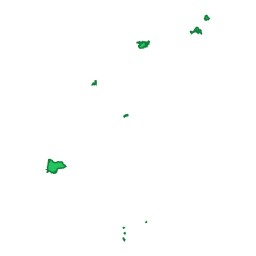 Unincorporated Vic, Victoria, Australia
{"feature_id": "25037944B89965825243629", "entity_name": "Unincorporated Vic", "entity_type": "district", "adm_level": 2, "iso_a3": "AUS", "parent_name": "Australia", "parent_adm1": "Victoria", "projection": "natural_earth1", "projection_center": [146.416, -37.998], "detail": "fine", "context": "isolated", "style": "filled", "palette": "green", "viewbox_px": 256, "rotation_deg": 0, "n_neighbors": 0, "source": "geoboundaries", "source_scale": "gbopen_adm2", "svg_char_len": 5185}
<svg xmlns="http://www.w3.org/2000/svg" viewBox="0 0 256 256"><path d="M47.5,167.0L47.5,167.7L47.8,168.5L47.8,169.1L47.6,169.4L47.3,169.5L47.6,169.6L47.7,169.8L47.8,170.4L47.7,170.6L47.6,171.0L47.4,171.3L46.9,171.5L47.0,171.5L47.3,171.6L47.3,172.0L47.2,172.1L47.4,172.2L47.6,172.1L47.7,171.8L48.1,171.6L48.0,171.4L47.9,170.9L47.7,170.7L48.3,170.9L48.6,170.8L49.7,171.0L50.0,171.4L50.5,171.4L51.0,171.9L51.1,172.1L51.1,172.3L51.2,172.5L51.6,172.3L52.0,172.7L52.3,172.4L52.6,172.4L53.0,172.6L53.2,172.9L53.5,173.2L53.8,173.2L54.0,172.6L54.3,172.4L54.3,172.0L54.5,171.8L55.0,171.8L55.3,171.6L55.6,171.8L55.7,172.1L55.9,172.2L56.0,171.9L56.5,171.9L56.4,171.2L57.0,170.8L57.0,170.6L56.8,170.1L56.8,169.7L58.1,168.5L58.8,168.2L59.7,168.4L60.4,168.1L60.8,168.2L61.1,168.1L61.4,168.2L61.7,168.0L62.3,167.8L63.7,167.9L64.2,167.4L65.1,166.9L65.6,166.6L65.8,166.5L65.0,165.5L64.8,165.1L64.4,165.1L63.4,164.5L62.9,163.8L62.8,163.1L62.3,162.4L61.8,161.9L61.4,161.9L60.9,162.0L59.6,162.1L58.5,161.7L57.4,162.0L56.5,162.5L56.0,162.6L55.4,162.6L54.3,162.4L53.8,162.4L53.6,162.2L53.4,162.3L52.7,161.7L52.4,161.0L52.0,160.5L51.2,160.2L50.7,159.8L49.9,159.5L49.4,159.4L48.9,159.6L48.7,159.7L48.7,160.2L48.7,160.5L48.9,160.6L48.7,160.7L48.6,160.9L48.5,161.5L48.8,161.5L48.5,161.6L48.5,161.8L48.6,162.0L48.9,162.0L49.2,161.8L49.3,161.8L49.3,162.0L49.2,162.4L49.4,162.1L49.3,161.8L49.0,162.1L48.7,162.0L48.5,162.6L48.2,163.3L48.2,164.6L47.9,165.9L47.5,167.0ZM139.1,41.9L139.0,42.3L138.9,42.2L138.4,42.3L138.0,42.3L137.8,42.4L137.3,42.3L137.1,42.7L137.9,42.8L138.3,43.0L138.7,43.1L138.8,43.3L139.3,43.7L139.6,43.7L139.7,43.3L139.9,43.3L139.9,43.5L140.3,43.6L140.6,43.6L140.5,44.4L140.2,44.5L140.1,44.8L140.2,45.3L138.9,45.5L138.6,46.3L139.0,47.1L140.0,48.1L143.8,47.8L144.0,47.4L143.8,46.8L143.9,46.7L144.3,46.7L144.5,46.4L144.7,46.2L144.8,46.2L144.9,46.5L145.2,46.5L145.5,46.8L145.6,46.6L145.8,46.5L146.0,46.6L146.6,46.6L146.4,46.3L146.5,46.1L146.1,46.0L146.3,45.8L146.0,45.6L146.3,45.4L146.1,45.1L146.8,45.3L146.5,44.8L147.2,44.8L147.2,44.5L146.9,44.4L146.9,44.1L147.1,44.1L147.4,43.9L147.8,44.1L148.0,44.0L148.2,43.9L148.7,44.0L148.7,43.4L147.9,43.1L148.1,42.9L148.6,42.6L148.4,42.4L148.7,42.2L148.9,42.3L148.9,42.0L149.2,42.0L149.3,41.8L149.2,41.6L148.9,41.4L148.9,41.6L148.7,41.7L148.4,41.6L148.3,41.8L148.1,41.9L148.2,42.2L147.8,42.2L147.8,42.4L147.5,42.0L147.4,42.0L147.2,42.3L147.0,42.2L146.6,42.4L146.3,42.3L146.7,43.2L146.6,43.3L146.7,43.5L146.1,43.1L145.9,43.4L145.6,43.4L145.6,42.9L145.1,42.8L145.0,42.6L144.9,42.6L144.8,42.3L144.8,42.1L144.7,41.9L144.4,41.9L144.4,42.0L144.2,42.0L143.6,42.1L143.4,41.8L143.0,41.8L142.7,41.6L142.6,41.8L142.6,42.2L142.8,42.3L142.7,42.7L142.5,42.8L142.3,42.8L142.1,43.0L142.0,42.8L141.7,42.8L141.4,42.5L141.2,42.5L141.2,42.4L141.0,42.1L140.8,42.2L140.8,42.4L140.3,42.5L139.9,42.3L139.5,41.7L139.1,41.9ZM190.7,31.3L190.5,31.5L190.6,32.1L191.5,33.0L191.5,33.4L194.0,31.9L195.4,31.7L195.5,31.4L195.8,31.1L196.1,31.2L196.3,31.3L196.3,31.1L196.2,31.0L196.3,30.7L196.7,30.1L197.2,30.3L197.3,30.6L197.2,31.4L196.8,32.1L197.4,32.6L197.7,32.7L197.7,32.8L197.8,32.9L197.8,32.7L198.3,32.3L198.9,32.3L198.9,32.7L199.1,32.6L200.0,32.6L200.8,33.0L201.2,33.6L201.4,33.9L201.5,33.8L201.1,32.3L200.9,32.1L200.9,31.8L200.7,31.6L200.7,31.3L200.3,31.2L200.4,30.8L200.8,30.8L201.0,30.6L200.6,30.0L200.2,30.0L199.8,29.9L199.6,30.0L199.7,30.4L199.4,30.4L199.0,30.8L198.6,28.9L197.6,27.5L197.2,27.6L196.8,27.5L196.4,27.5L196.4,27.9L196.1,28.0L195.9,28.2L195.7,28.7L195.3,28.9L193.4,31.9L192.1,31.9L190.7,31.3ZM208.4,19.6L209.1,18.8L208.9,18.7L209.0,18.3L208.9,18.1L208.7,17.9L208.1,17.8L207.9,17.6L207.6,16.6L207.6,16.4L207.4,16.3L207.1,15.8L206.4,15.4L206.3,15.5L206.3,15.9L205.8,15.9L205.7,16.0L205.3,16.1L205.3,16.3L205.6,16.6L205.1,17.2L205.0,17.6L205.1,17.9L205.0,18.1L205.4,18.1L205.5,18.3L205.4,18.3L204.8,18.5L205.0,18.8L204.9,18.9L204.7,18.5L204.6,18.8L205.3,20.0L206.2,20.1L206.7,20.0L207.4,19.4L208.4,19.6ZM92.3,84.7L92.6,84.7L93.1,84.3L94.0,84.7L94.5,84.7L95.0,84.6L95.7,84.0L96.0,84.2L95.9,83.6L95.7,83.5L95.8,83.4L95.7,83.1L95.7,82.8L95.7,82.7L95.8,82.7L96.1,83.0L96.2,82.8L96.1,82.2L95.8,82.0L95.6,81.5L95.6,81.3L95.9,81.2L95.9,80.8L95.5,80.9L95.2,80.9L95.1,81.4L95.2,81.8L95.4,81.8L95.5,82.3L95.0,82.9L95.2,84.0L94.9,84.3L94.8,84.2L94.4,83.3L94.0,83.2L93.6,83.6L93.2,83.2L93.1,83.4L93.2,83.9L92.9,84.1L92.8,84.4L92.5,84.4L92.3,84.7ZM124.0,116.2L124.0,116.6L124.3,117.0L124.5,116.7L124.8,116.5L127.8,115.6L127.6,115.1L127.7,114.7L127.3,114.6L127.2,114.8L125.5,115.0L125.0,115.3L124.3,116.9L124.3,116.7L124.2,116.7L124.1,116.2L124.0,116.2ZM124.0,239.7L124.1,239.8L124.3,240.2L124.2,240.4L124.4,240.6L124.8,239.7L124.4,239.5L124.2,239.2L124.0,239.4L123.7,238.9L123.6,238.1L123.4,238.0L123.2,238.1L123.5,238.9L123.5,239.4L123.6,239.5L124.0,239.5L124.0,239.7ZM124.6,232.8L124.4,233.1L124.9,233.4L124.9,233.6L124.7,233.6L124.9,233.8L125.0,233.7L125.2,233.3L125.0,233.2L124.8,232.7L124.6,232.8ZM123.3,227.7L123.5,228.1L124.2,227.7L123.9,227.5L123.4,227.6L123.3,227.7ZM146.5,222.0L146.4,221.8L145.9,222.3L146.0,222.4L146.4,222.3L146.5,222.2L146.5,222.0ZM54.9,172.8L55.1,173.1L55.4,172.9L55.2,172.8L55.2,172.4L54.9,172.8Z" fill="#22c55e" stroke="#15803d" stroke-width="1.5"/></svg>